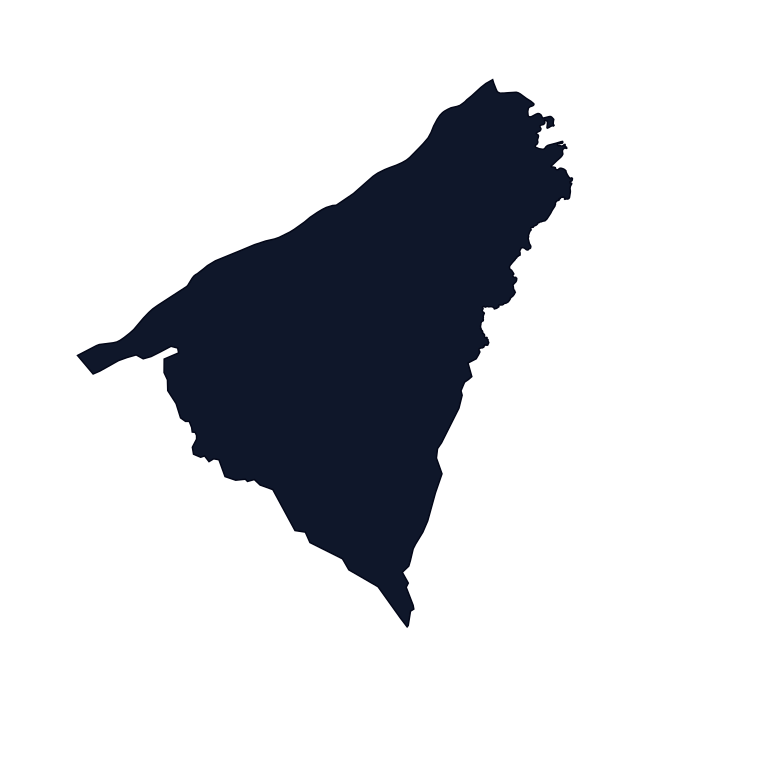 the district of San Javier, Río Negro, Uruguay, rotated 65°
{"feature_id": "84410073B27439401381300", "entity_name": "San Javier", "entity_type": "district", "adm_level": 2, "iso_a3": "URY", "parent_name": "Uruguay", "parent_adm1": "Río Negro", "projection": "equal_earth", "projection_center": [-58.06, -32.653], "detail": "fine", "context": "isolated", "style": "filled", "palette": "ink", "viewbox_px": 768, "rotation_deg": 65, "n_neighbors": 0, "source": "geoboundaries", "source_scale": "gbopen_adm2", "svg_char_len": 6170}
<svg xmlns="http://www.w3.org/2000/svg" viewBox="0 0 768 768"><g transform="rotate(65 384 384)"><path d="M334.9,220.3L332.9,221.4L331.6,221.1L330.5,220.5L329.6,219.3L329.2,218.3L328.2,216.3L326.7,212.7L326.0,211.7L325.7,210.5L324.9,209.3L324.9,208.4L324.5,207.7L324.8,206.5L324.5,206.1L322.6,205.2L321.7,205.2L320.5,204.6L320.0,203.7L319.1,202.8L318.6,201.5L319.6,199.9L320.4,199.2L322.5,198.2L323.3,197.1L323.3,196.5L323.0,196.2L322.8,195.1L322.9,194.5L322.8,194.0L322.6,193.6L321.2,192.7L320.2,192.7L318.2,192.9L312.9,191.8L311.7,190.7L310.5,190.4L308.8,188.8L307.3,187.3L306.5,185.5L305.2,185.5L304.5,184.6L304.4,183.9L305.0,182.6L304.2,181.1L304.4,179.3L304.1,178.0L303.7,177.0L302.9,176.2L303.3,175.2L302.9,174.4L303.4,173.4L303.6,171.0L303.9,170.1L304.1,169.0L303.3,166.6L299.7,160.8L297.8,158.4L295.0,153.9L294.2,153.3L293.8,152.8L292.3,152.1L291.8,151.4L291.1,150.0L291.1,149.4L291.3,148.9L291.2,147.4L290.4,147.2L290.4,145.8L289.8,145.3L289.8,144.4L290.3,142.9L290.1,142.5L290.4,142.1L291.8,141.9L292.1,141.5L292.8,142.2L293.1,142.0L293.2,140.8L293.9,139.6L294.1,138.8L293.9,137.8L293.4,137.1L288.8,134.0L287.8,133.5L285.5,132.8L284.4,132.1L283.3,131.2L282.2,129.6L281.8,129.2L281.2,129.2L280.6,130.3L279.6,130.2L279.3,130.0L279.3,128.5L279.1,127.6L278.0,126.7L277.4,126.4L276.9,126.5L276.5,126.8L276.4,128.4L276.2,128.8L275.5,128.6L274.9,128.9L274.3,129.1L271.7,129.4L268.8,129.4L267.8,129.0L266.6,129.4L265.2,130.2L264.1,131.3L263.2,132.4L262.8,133.4L262.9,134.4L263.3,135.4L263.2,136.2L262.7,137.0L262.1,137.4L261.4,137.6L260.8,137.6L260.3,137.3L259.4,138.2L257.9,140.6L257.3,140.6L257.0,140.2L256.6,138.6L254.7,133.1L253.2,128.0L252.4,126.3L251.4,124.9L250.6,124.5L249.1,124.2L247.9,123.6L247.0,122.8L246.5,121.0L246.6,120.3L246.9,119.8L247.5,119.3L247.6,118.8L246.7,118.5L245.1,119.3L244.3,119.1L243.8,118.7L243.3,118.8L243.2,119.7L243.6,120.7L243.6,122.4L242.2,123.7L242.0,124.9L241.7,125.4L240.8,125.8L240.1,125.6L240.0,125.0L240.3,123.9L240.5,122.2L241.0,121.3L241.1,120.5L240.7,119.9L239.7,119.6L239.5,119.8L239.2,121.3L238.5,126.2L237.1,133.7L237.0,135.2L237.5,137.1L238.3,138.4L238.6,139.6L238.6,140.6L236.3,144.0L233.5,146.5L232.5,146.5L231.7,145.8L231.3,144.0L230.4,142.8L229.7,142.3L227.6,141.8L225.8,140.1L224.6,139.2L223.6,139.0L221.4,140.2L220.9,139.9L220.6,139.0L220.6,135.8L220.3,135.1L219.5,134.2L218.7,133.8L216.9,134.1L215.9,133.3L215.7,132.2L216.2,129.8L215.9,128.8L215.3,127.9L214.4,127.6L213.3,127.5L212.9,126.8L214.8,125.0L215.5,125.1L217.0,125.8L220.4,127.9L220.8,128.0L221.2,127.7L221.2,125.6L220.9,124.1L221.1,122.3L221.8,121.4L221.5,120.6L219.7,120.7L217.9,119.7L215.9,118.3L213.3,119.1L212.1,119.8L211.5,121.1L210.3,127.3L209.5,127.9L207.2,127.9L206.4,128.0L204.8,128.9L203.9,130.1L203.7,132.0L204.0,137.2L203.7,138.7L203.0,139.6L202.0,140.0L200.9,139.7L197.9,138.6L195.6,137.0L194.8,136.2L194.4,134.7L194.7,131.7L194.5,130.6L193.9,129.9L193.2,129.8L189.8,131.4L185.3,134.3L178.7,137.9L176.8,139.3L175.5,140.8L172.6,148.1L171.0,152.4L169.4,156.0L167.1,157.8L163.8,157.8L157.5,157.4L154.1,156.9L154.7,164.6L156.1,170.7L159.9,182.8L161.4,188.8L162.4,191.4L163.0,194.1L163.6,197.4L163.3,200.5L162.0,206.5L162.0,210.2L162.3,214.0L162.8,216.3L164.1,219.7L166.6,223.9L171.2,230.0L175.9,235.0L179.6,240.0L182.7,246.8L184.9,252.4L189.6,265.0L190.6,269.1L191.0,274.1L190.9,280.4L190.3,287.3L190.0,292.7L190.2,300.4L190.7,303.7L191.2,306.4L198.5,331.2L200.8,345.4L201.8,351.7L200.5,355.2L199.6,361.7L199.7,366.0L200.3,371.8L201.7,380.5L203.6,387.6L205.9,400.0L206.5,405.1L206.8,417.2L206.3,422.0L204.4,430.8L203.0,442.5L202.4,457.6L201.1,484.8L202.1,494.0L203.4,498.9L205.2,506.9L205.3,508.6L205.9,510.9L207.1,513.2L211.8,520.3L212.3,521.8L217.1,555.9L218.2,561.9L219.8,567.0L222.6,574.2L228.9,587.8L230.5,593.1L232.1,599.9L232.9,604.7L233.0,608.3L232.2,612.1L227.9,625.4L227.7,628.4L228.6,649.7L252.0,643.4L252.2,636.1L250.6,614.7L251.4,605.7L252.9,596.3L259.4,591.6L260.7,583.5L260.4,573.0L259.8,561.1L264.2,555.8L269.0,557.0L268.5,572.7L280.7,578.5L288.7,578.5L298.6,582.8L313.9,580.7L328.7,582.7L334.0,579.7L335.6,576.3L342.2,576.7L346.5,578.1L348.0,575.6L351.4,575.6L354.8,577.2L360.3,584.4L367.1,586.3L372.9,581.1L373.4,577.0L380.4,575.4L379.8,570.0L382.9,565.6L400.7,567.2L408.5,559.1L411.7,549.9L414.6,548.9L415.8,541.9L423.2,539.0L432.7,529.4L479.2,526.6L485.0,517.9L496.4,518.1L524.9,495.5L537.6,494.4L565.2,475.1L603.3,468.0L613.9,465.7L613.1,464.1L601.1,456.0L600.6,452.1L596.8,451.1L577.6,449.8L574.7,446.1L562.4,447.0L559.5,438.5L555.3,434.8L545.7,427.2L542.4,423.0L534.7,411.4L526.5,402.2L504.3,383.3L489.9,369.4L473.3,367.8L465.2,362.8L461.6,356.7L437.6,326.3L427.2,317.9L422.7,317.1L416.4,310.2L415.6,305.5L414.4,301.3L400.5,299.0L400.1,289.8L397.4,285.9L395.6,283.7L394.7,283.4L393.9,283.7L393.3,283.7L392.7,283.2L392.2,282.0L392.3,280.8L392.8,279.7L392.8,278.2L392.4,277.5L391.6,277.1L391.3,276.3L391.2,275.7L391.5,275.2L392.0,275.2L392.2,274.2L392.5,274.0L392.5,273.4L391.9,272.9L391.3,272.1L390.5,271.5L389.0,271.6L388.0,271.0L387.4,271.2L387.1,271.7L386.3,271.8L386.1,271.3L385.7,271.0L385.3,271.1L385.0,271.6L385.1,272.2L384.9,272.6L384.4,273.0L383.1,272.7L382.7,272.4L382.2,272.5L381.7,272.1L380.4,272.5L379.9,273.2L379.3,273.3L378.9,272.6L377.4,272.4L376.7,272.9L375.3,272.6L375.0,273.2L374.7,273.2L374.5,272.9L374.0,272.7L373.3,272.3L372.3,272.2L371.4,271.3L369.6,270.3L368.9,269.3L368.6,268.4L368.6,267.3L367.5,266.7L367.0,266.9L366.3,266.2L365.4,265.7L364.5,265.5L363.0,264.0L362.5,263.3L361.5,263.2L360.7,263.9L358.8,264.0L358.1,262.9L357.2,262.2L356.0,262.4L355.7,261.7L355.8,260.6L357.1,259.8L357.3,257.7L358.3,256.5L359.1,254.3L360.1,252.9L361.9,252.1L362.6,252.2L363.0,249.9L362.5,247.2L361.5,247.0L361.0,246.5L362.3,243.4L362.3,242.2L361.8,241.1L362.3,239.2L362.1,236.8L361.2,235.0L360.1,233.4L359.5,233.1L358.8,230.1L357.9,228.3L356.3,226.2L355.1,226.4L354.3,226.1L353.8,226.4L353.3,226.6L349.9,225.5L349.1,225.4L348.7,225.2L347.8,223.1L347.3,221.6L346.7,220.7L346.0,220.0L344.5,219.1L344.1,219.1L343.5,219.6L343.1,219.5L342.7,220.0L342.6,220.7L342.1,221.2L341.3,221.6L340.5,221.5L339.7,221.2L339.4,220.2L339.2,219.9L338.8,219.8L334.9,220.3Z" fill="#0f172a" stroke="#020617" stroke-width="1.5"/></g></svg>